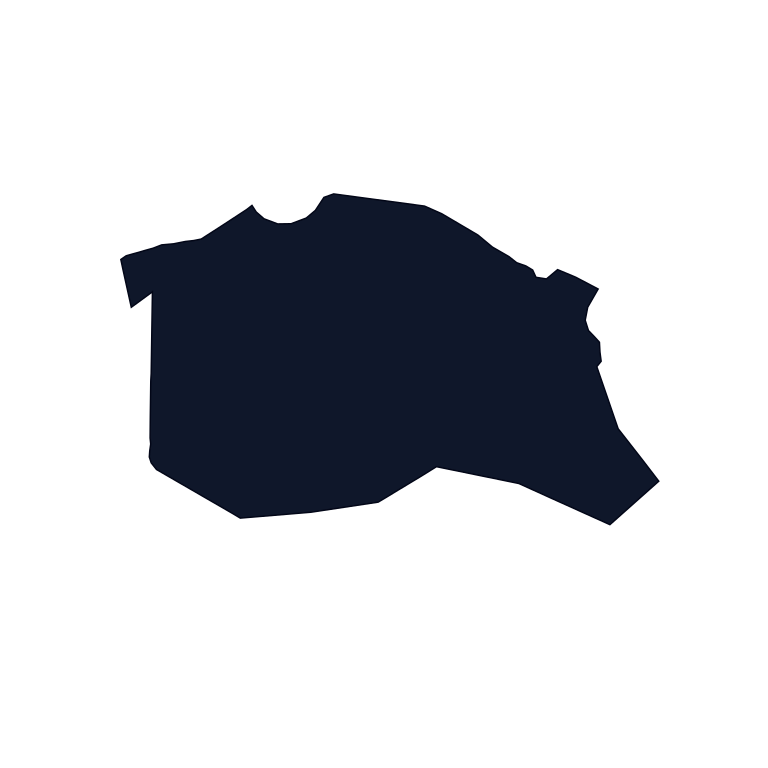 outline of Cocal dos Alves, Piauí, Brazil, rotated 293°
{"feature_id": "56859067B52920655521033", "entity_name": "Cocal dos Alves", "entity_type": "district", "adm_level": 2, "iso_a3": "BRA", "parent_name": "Brazil", "parent_adm1": "Piauí", "projection": "equal_earth", "projection_center": [-41.408, -3.638], "detail": "fine", "context": "isolated", "style": "filled", "palette": "ink", "viewbox_px": 768, "rotation_deg": 293, "n_neighbors": 0, "source": "geoboundaries", "source_scale": "gbopen_adm2", "svg_char_len": 1020}
<svg xmlns="http://www.w3.org/2000/svg" viewBox="0 0 768 768"><g transform="rotate(293 384 384)"><path d="M204.4,304.1L237.4,366.8L273.0,424.8L280.5,430.3L291.4,438.1L313.2,453.9L328.4,464.6L345.1,547.0L344.2,583.9L342.8,646.9L401.9,674.9L415.1,651.6L434.3,617.0L483.1,573.1L489.8,575.0L497.8,570.3L506.6,566.0L509.7,559.3L513.1,551.3L521.3,544.3L534.3,541.5L555.1,544.0L557.2,518.8L557.1,499.1L544.2,492.5L541.6,482.2L547.0,476.3L548.1,468.5L547.5,458.7L550.1,449.2L552.4,430.3L557.8,412.3L560.6,391.1L563.3,370.6L563.6,351.8L539.3,263.4L532.3,255.8L517.0,253.0L506.4,247.6L495.2,235.8L489.8,223.6L489.2,209.0L492.4,199.2L496.8,192.7L490.9,189.4L467.0,173.4L446.0,159.1L441.7,152.8L437.6,145.5L430.8,135.5L425.2,125.0L418.8,118.4L413.8,112.1L409.5,106.9L405.4,101.7L401.3,96.6L395.8,93.1L386.8,99.4L355.9,121.4L378.4,134.8L302.7,165.6L295.5,168.2L263.7,181.2L242.9,189.8L237.6,192.7L230.9,194.5L225.1,196.5L220.5,200.5L216.4,208.0L205.6,295.6L204.4,304.1Z" fill="#0f172a" stroke="#020617" stroke-width="1.5"/></g></svg>